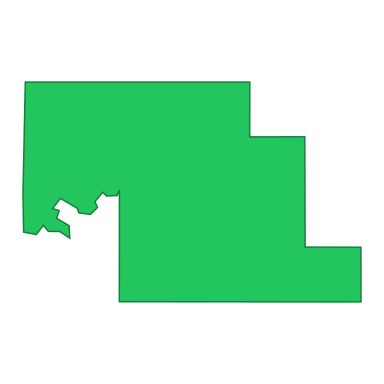 Okfuskee, Oklahoma, United States of America (Robinson projection)
{"feature_id": "52423323B78469060482837", "entity_name": "Okfuskee", "entity_type": "district", "adm_level": 2, "iso_a3": "USA", "parent_name": "United States of America", "parent_adm1": "Oklahoma", "projection": "robinson", "projection_center": [-96.434, 35.464], "detail": "fine", "context": "isolated", "style": "filled", "palette": "green", "viewbox_px": 384, "rotation_deg": 0, "n_neighbors": 0, "source": "geoboundaries", "source_scale": "gbopen_adm2", "svg_char_len": 495}
<svg xmlns="http://www.w3.org/2000/svg" viewBox="0 0 384 384"><path d="M23.0,193.1L23.6,232.1L36.2,234.5L43.5,225.3L48.3,231.4L59.7,231.5L69.8,238.2L69.1,225.7L56.6,218.3L59.2,210.7L52.6,208.5L60.4,198.4L77.3,208.3L78.8,212.9L90.4,214.4L97.5,207.5L95.0,201.6L102.7,192.3L106.6,196.0L117.1,195.6L119.4,189.9L119.4,240.6L119.3,301.7L333.1,301.9L361.0,301.9L360.9,247.2L305.1,247.1L304.8,136.8L249.7,136.9L249.8,82.1L25.3,82.1L23.0,193.1Z" fill="#22c55e" stroke="#15803d" stroke-width="1.5"/></svg>